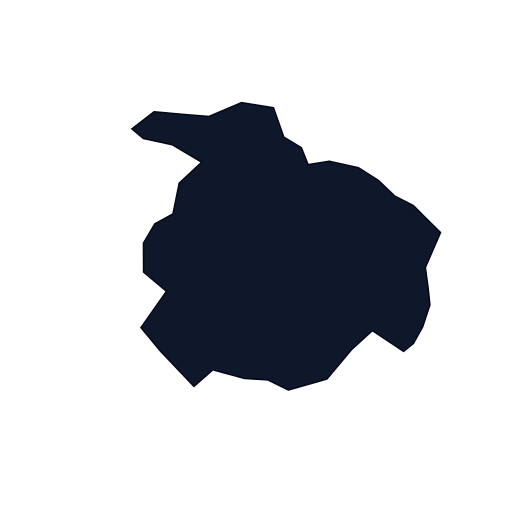 outline of Suva Reka, rotated 310°
{"feature_id": "KOS-5910", "entity_name": "Suva Reka", "entity_type": "District", "adm_level": 1, "iso_a3": "XKX", "parent_name": "Kosovo", "parent_adm1": "", "projection": "mercator", "projection_center": [20.856, 42.352], "detail": "fine", "context": "isolated", "style": "filled", "palette": "ink", "viewbox_px": 512, "rotation_deg": 310, "n_neighbors": 0, "source": "natural_earth", "source_scale": "10m", "svg_char_len": 672}
<svg xmlns="http://www.w3.org/2000/svg" viewBox="0 0 512 512"><g transform="rotate(310 256 256)"><path d="M116.2,292.3L121.7,243.8L127.2,213.9L171.4,210.1L171.4,180.2L193.5,161.5L215.6,157.8L234.9,165.3L262.5,150.3L292.9,154.1L287.4,120.4L273.6,94.2L273.6,79.2L301.0,85.2L317.7,109.2L332.6,130.2L364.2,146.3L380.8,174.1L365.0,200.8L368.1,221.2L359.5,237.2L375.7,251.2L389.5,277.8L392.6,301.4L391.1,323.8L395.8,344.1L394.2,362.2L392.6,382.3L356.1,393.1L341.9,408.7L330.3,420.7L308.9,429.2L290.2,432.8L277.8,430.4L273.6,393.1L245.9,389.4L207.3,389.4L174.2,367.0L168.6,344.6L154.8,325.9L141.0,296.1L116.2,292.3Z" fill="#0f172a" stroke="#020617" stroke-width="1.5"/></g></svg>